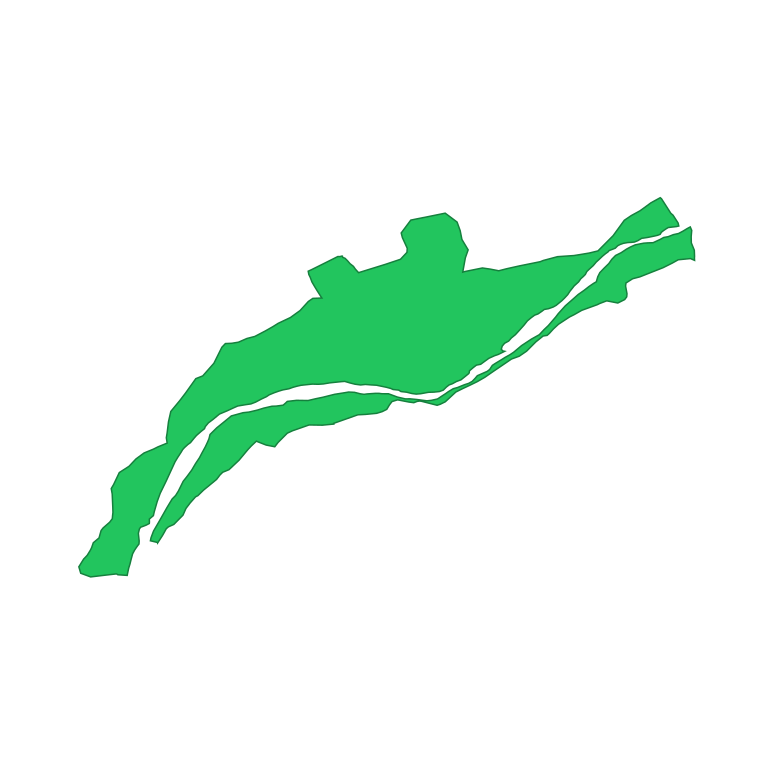 Isna, Qina, Egypt, rotated 84°
{"feature_id": "37247803B29149830762978", "entity_name": "Isna", "entity_type": "district", "adm_level": 2, "iso_a3": "EGY", "parent_name": "Egypt", "parent_adm1": "Qina", "projection": "robinson", "projection_center": [32.548, 25.368], "detail": "fine", "context": "isolated", "style": "filled", "palette": "green", "viewbox_px": 768, "rotation_deg": 84, "n_neighbors": 0, "source": "geoboundaries", "source_scale": "gbopen_adm2", "svg_char_len": 6053}
<svg xmlns="http://www.w3.org/2000/svg" viewBox="0 0 768 768"><g transform="rotate(84 384 384)"><path d="M547.5,659.4L545.5,658.8L540.3,657.1L536.6,655.5L531.9,653.8L526.7,651.8L523.0,649.3L519.5,646.3L517.5,644.4L514.5,643.9L506.8,643.9L502.6,642.4L501.0,641.0L500.3,638.2L499.5,635.3L498.2,632.0L496.7,631.7L493.8,631.5L492.7,629.9L490.8,627.1L487.2,625.9L477.3,621.9L469.3,618.0L457.8,610.8L439.5,599.9L435.4,596.8L432.6,594.5L430.5,592.8L428.2,591.1L426.4,589.1L423.6,585.3L422.1,582.6L418.2,578.7L415.6,575.9L412.0,570.8L409.7,567.2L407.7,566.2L404.3,562.7L401.5,558.0L396.7,550.8L394.2,542.5L392.1,536.4L390.6,531.8L390.1,523.6L389.9,518.4L388.6,513.6L386.1,507.4L384.3,502.2L382.8,499.4L381.3,494.4L380.1,489.4L379.3,485.2L378.8,479.0L377.8,475.0L377.1,470.8L376.6,466.5L376.6,455.3L377.4,449.5L377.6,444.3L377.2,437.9L377.2,426.7L377.3,422.8L379.4,417.7L381.2,412.8L382.5,407.4L382.5,402.6L383.6,396.7L384.4,391.7L386.0,386.7L387.5,382.0L389.1,377.8L390.4,375.6L391.6,370.0L393.3,367.9L394.5,362.4L396.4,357.2L397.4,353.0L397.5,348.4L396.9,340.7L397.3,335.2L397.3,329.7L396.3,325.7L393.5,322.2L391.7,319.3L390.9,316.0L389.1,311.7L387.9,307.0L385.0,302.5L382.6,298.8L381.8,298.1L379.8,297.6L376.8,293.2L374.9,290.1L374.5,285.8L371.7,281.0L369.4,277.0L367.4,271.0L366.6,267.4L365.6,264.6L364.1,260.6L363.5,262.4L361.7,263.7L358.7,262.5L356.1,259.8L354.3,255.5L351.5,252.5L348.7,248.2L345.7,244.8L340.1,238.6L336.2,234.8L333.4,230.6L331.3,227.0L330.4,223.5L328.3,219.6L326.6,216.8L326.3,212.5L325.1,207.6L323.8,204.6L319.8,198.5L317.7,195.8L314.3,191.9L311.3,189.5L308.8,187.0L306.4,184.7L304.4,182.0L302.8,179.8L299.9,177.3L297.9,174.5L296.1,172.3L294.5,171.3L293.3,170.5L291.3,167.9L288.1,163.5L284.9,160.2L282.7,157.2L279.7,153.3L277.5,150.0L276.1,147.5L274.8,146.1L273.9,142.6L273.1,139.8L270.9,137.1L269.9,134.5L269.1,131.1L268.8,126.7L269.0,123.3L269.0,120.1L268.0,116.6L266.0,112.4L266.0,110.6L265.8,106.4L265.5,103.3L265.1,99.3L264.7,96.3L264.0,93.7L262.1,92.3L260.6,89.9L259.1,87.1L258.1,85.0L258.0,76.6L257.7,74.3L254.6,74.7L246.3,78.9L244.2,80.9L228.7,88.7L227.6,89.8L231.6,99.4L238.5,111.3L242.3,120.4L246.3,127.9L260.4,140.6L274.0,157.3L275.2,166.2L275.8,176.0L276.1,181.7L275.5,198.1L277.8,212.7L278.7,215.9L280.7,237.0L282.2,250.0L283.4,258.1L282.9,259.6L280.8,266.5L278.9,274.0L280.6,291.9L281.0,294.0L267.0,289.9L259.4,286.3L248.4,291.4L239.5,292.2L230.6,294.4L225.1,300.3L220.5,305.3L222.6,327.1L222.6,327.8L222.7,328.4L223.1,333.0L223.8,340.2L235.6,351.1L240.4,350.4L251.4,346.7L255.5,347.4L261.7,354.6L265.1,369.9L270.6,397.6L269.6,398.4L266.7,400.5L263.8,402.1L260.8,405.2L257.6,407.4L254.9,409.6L253.7,411.9L252.5,412.0L252.4,413.1L252.7,414.4L252.4,416.6L257.0,428.8L260.1,437.1L262.7,444.1L263.9,447.6L267.3,447.3L270.3,446.2L275.0,445.0L280.3,442.6L285.1,440.3L290.3,437.7L292.0,436.8L291.8,440.1L291.4,445.8L294.0,450.6L302.2,459.8L303.5,462.1L308.1,470.1L312.6,482.9L315.3,488.4L318.8,496.4L323.2,507.5L324.4,515.6L327.2,524.4L327.5,529.7L327.6,531.0L327.2,537.5L330.5,541.4L345.6,551.0L357.0,563.4L359.0,570.6L371.9,582.0L373.3,583.3L379.2,588.9L389.0,598.9L399.1,602.3L410.0,604.8L414.7,606.1L420.1,605.8L422.9,615.4L424.7,620.2L427.5,629.8L432.6,638.5L439.2,646.2L444.4,656.5L455.7,663.4L459.5,666.2L464.9,665.8L478.0,666.6L483.4,667.0L486.5,667.7L489.6,668.3L492.8,671.3L497.8,678.4L500.2,680.7L507.3,683.5L511.5,689.7L516.2,691.9L518.6,693.4L523.4,697.1L526.7,701.0L533.9,706.6L540.5,705.4L541.3,703.8L545.2,695.9L545.0,682.2L544.9,670.9L544.9,670.0L545.1,669.6L545.9,668.6L547.5,659.4ZM518.5,625.8L511.6,620.2L508.4,617.9L505.2,615.7L503.5,613.3L501.7,607.7L493.4,597.6L487.1,594.0L482.2,589.4L476.5,583.2L475.6,580.8L470.7,574.6L461.4,560.5L457.4,556.7L454.9,553.6L453.0,547.1L444.7,536.2L435.0,526.2L431.7,522.4L427.5,516.9L428.3,515.5L432.4,507.6L435.0,499.2L431.0,495.4L422.8,485.3L420.9,479.7L419.2,472.4L416.9,462.8L418.5,449.6L418.6,438.1L417.9,438.2L411.9,413.2L412.3,405.8L412.4,394.4L411.3,388.7L409.5,383.9L405.5,380.9L402.3,377.9L401.2,372.2L401.5,371.1L404.5,361.3L405.7,356.3L404.8,353.0L404.7,351.8L404.7,350.1L405.2,348.3L410.7,333.4L410.0,330.1L408.1,324.9L399.5,313.4L396.8,306.2L394.2,298.7L391.4,291.0L387.9,283.1L382.7,273.6L375.9,260.9L372.5,254.6L370.5,246.6L366.5,239.2L366.2,238.7L358.0,228.6L352.9,220.7L352.7,216.7L351.0,214.3L346.9,209.7L342.8,204.2L336.7,192.4L334.9,187.6L331.4,179.6L327.4,163.5L326.5,161.1L324.6,153.9L324.8,153.1L327.9,143.0L325.2,135.8L322.7,133.5L319.6,132.9L311.9,133.5L308.8,132.8L308.4,131.9L305.3,125.7L304.2,118.4L297.5,94.3L293.9,84.7L291.2,78.4L291.3,66.1L293.5,62.2L291.2,62.1L289.5,61.8L283.4,61.4L275.8,63.6L269.6,63.1L263.4,61.9L259.8,63.0L261.1,66.2L263.1,70.4L265.1,75.3L265.7,80.6L267.2,86.0L267.5,90.5L269.1,94.3L271.6,101.6L271.2,107.4L271.1,110.9L271.4,114.6L271.9,119.7L273.5,124.6L275.2,128.7L278.2,134.4L280.4,140.3L283.8,144.4L287.7,147.8L291.9,153.1L295.8,157.7L299.7,160.2L303.6,161.8L304.5,162.1L305.9,165.2L308.5,170.0L311.7,175.1L315.2,181.4L319.2,187.0L325.2,195.5L332.3,203.4L335.2,206.1L338.3,209.4L343.1,214.5L346.7,219.2L351.2,224.4L354.8,232.8L360.2,243.2L366.0,251.8L368.2,256.0L370.2,260.8L372.0,264.4L375.1,271.0L376.8,274.3L380.6,277.4L382.2,280.0L383.9,285.3L385.5,290.3L388.0,292.9L390.6,296.0L392.2,299.7L393.1,304.0L395.2,311.3L395.9,315.6L398.4,320.9L400.0,323.7L402.3,328.2L404.0,331.4L404.5,332.5L405.2,338.6L405.2,343.1L402.8,353.1L401.5,359.5L401.0,364.4L398.4,372.0L394.2,380.5L393.9,383.4L393.4,387.4L392.8,389.8L392.4,393.3L392.1,402.0L392.2,404.9L391.3,408.5L389.2,414.2L388.3,420.0L388.6,424.8L389.1,434.3L390.8,446.3L391.5,453.4L392.5,461.2L391.1,472.8L391.2,482.0L392.7,483.9L394.5,486.5L394.7,493.6L394.4,497.8L395.4,506.1L396.7,512.6L397.8,521.2L397.8,527.1L399.8,539.2L404.7,546.6L410.1,554.9L416.0,562.3L419.9,563.7L422.9,565.3L427.7,568.2L433.9,572.5L438.0,575.2L443.4,579.7L449.5,584.2L455.2,589.4L459.8,593.9L469.0,599.7L473.1,602.9L476.2,606.7L484.0,612.6L493.4,619.3L497.3,622.1L506.2,628.6L512.6,631.8L515.5,632.7L517.9,625.9L518.5,625.8Z" fill="#22c55e" stroke="#15803d" stroke-width="1.5"/></g></svg>